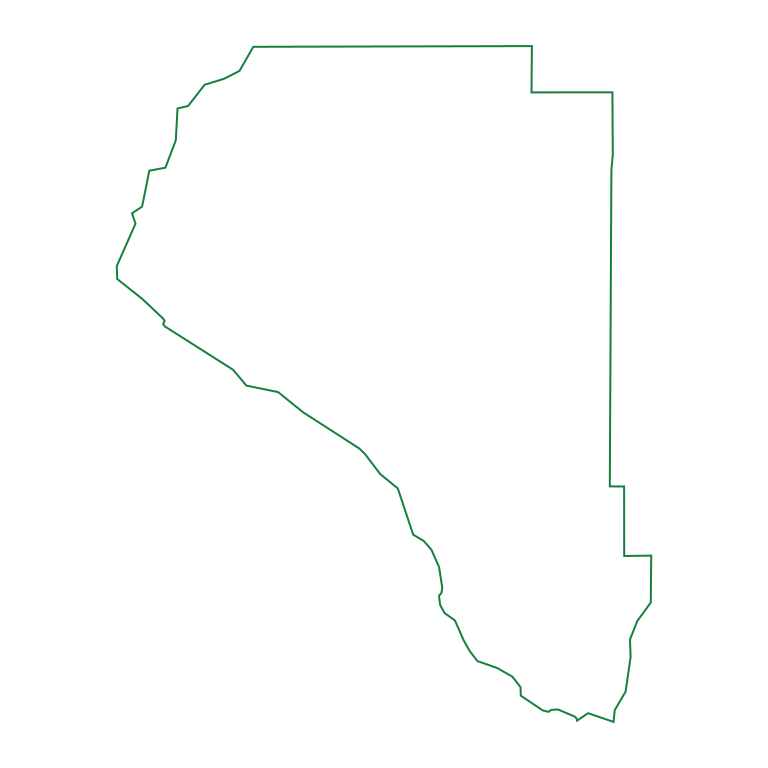 Taylor, Florida, United States of America (Equal Earth projection)
{"feature_id": "52423323B58777265344291", "entity_name": "Taylor", "entity_type": "district", "adm_level": 2, "iso_a3": "USA", "parent_name": "United States of America", "parent_adm1": "Florida", "projection": "equal_earth", "projection_center": [-83.624, 29.985], "detail": "fine", "context": "isolated", "style": "outline", "palette": "green", "viewbox_px": 768, "rotation_deg": 0, "n_neighbors": 0, "source": "geoboundaries", "source_scale": "gbopen_adm2", "svg_char_len": 947}
<svg xmlns="http://www.w3.org/2000/svg" viewBox="0 0 768 768"><path d="M253.3,46.8L239.5,70.9L224.2,78.7L204.6,84.8L188.1,106.0L177.5,108.5L175.8,140.3L165.4,167.7L149.3,170.7L142.1,206.6L132.0,213.3L135.5,223.7L116.8,266.0L117.2,279.0L142.5,299.1L163.3,318.8L164.6,321.0L163.1,324.2L164.8,326.4L233.1,369.8L246.4,385.6L278.1,392.1L303.1,412.3L359.3,448.5L365.0,454.0L380.3,474.2L397.8,488.4L413.2,534.7L423.8,541.0L431.5,549.9L439.1,567.1L442.3,588.0L441.4,593.0L439.0,595.8L440.1,604.9L444.6,613.1L454.9,620.4L463.7,640.4L469.9,651.4L477.5,661.1L497.3,668.1L512.4,676.7L520.5,687.1L520.8,695.7L542.9,710.5L548.6,711.8L551.4,709.8L558.1,709.5L575.2,716.8L576.8,719.0L577.1,720.6L588.1,713.2L613.6,721.9L614.7,710.2L625.6,691.6L630.6,657.1L630.0,639.5L637.2,621.2L650.8,602.5L651.2,555.6L624.2,556.0L624.1,486.5L609.8,486.4L611.4,169.7L612.8,155.1L612.4,92.3L531.5,92.4L531.9,46.1L253.3,46.8Z" fill="none" stroke="#15803d" stroke-width="2"/></svg>